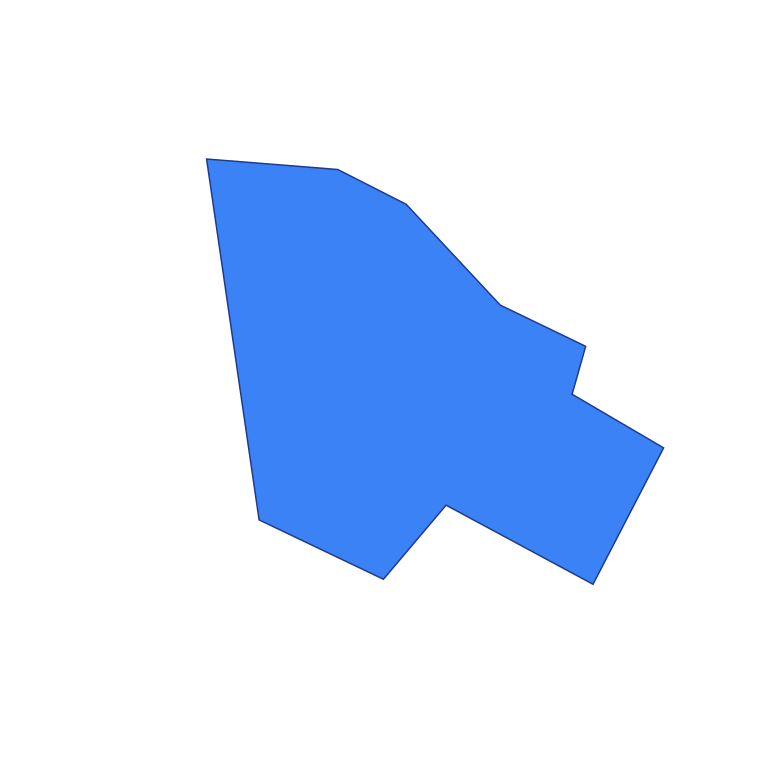 SVG path tracing the border of Bel Ombre, rotated 52°
{"feature_id": "SYC-5207", "entity_name": "Bel Ombre", "entity_type": "state/province", "adm_level": 1, "iso_a3": "SYC", "parent_name": "Seychelles", "parent_adm1": "", "projection": "robinson", "projection_center": [55.407, -4.627], "detail": "fine", "context": "isolated", "style": "filled", "palette": "blue", "viewbox_px": 768, "rotation_deg": 52, "n_neighbors": 0, "source": "natural_earth", "source_scale": "10m", "svg_char_len": 312}
<svg xmlns="http://www.w3.org/2000/svg" viewBox="0 0 768 768"><g transform="rotate(52 384 384)"><path d="M97.5,385.3L186.5,288.4L256.1,255.9L393.5,243.8L478.5,201.9L507.9,242.1L606.5,203.0L670.5,342.6L517.7,409.7L537.5,504.7L414.2,566.1L97.5,385.3Z" fill="#3b82f6" stroke="#1e3a8a" stroke-width="1.5"/></g></svg>